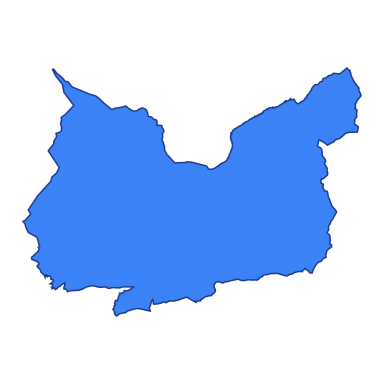 the district of Ponor, Alba, Romania
{"feature_id": "2599482B26420082553379", "entity_name": "Ponor", "entity_type": "district", "adm_level": 2, "iso_a3": "ROU", "parent_name": "Romania", "parent_adm1": "Alba", "projection": "natural_earth1", "projection_center": [23.399, 46.333], "detail": "fine", "context": "isolated", "style": "filled", "palette": "blue", "viewbox_px": 384, "rotation_deg": 0, "n_neighbors": 0, "source": "geoboundaries", "source_scale": "gbopen_adm2", "svg_char_len": 5963}
<svg xmlns="http://www.w3.org/2000/svg" viewBox="0 0 384 384"><path d="M310.8,272.7L311.9,273.2L314.5,267.1L317.8,262.5L321.2,261.3L323.6,258.2L325.7,257.6L326.1,257.2L325.8,253.9L326.3,253.4L326.7,251.1L328.5,249.0L330.8,247.5L331.6,246.7L331.5,244.7L329.9,244.0L329.7,243.0L330.3,240.9L330.0,236.3L329.3,234.6L327.2,233.0L327.3,232.1L328.8,229.5L328.3,227.9L329.2,224.6L330.3,223.9L330.5,222.1L332.5,219.4L336.6,212.0L335.7,210.3L332.2,206.3L331.4,204.9L329.0,198.2L328.2,196.9L327.6,192.5L327.0,191.2L324.4,190.8L324.0,189.4L322.9,187.8L322.7,187.1L323.3,186.1L323.3,184.2L321.0,183.3L321.3,182.1L320.5,179.7L323.2,178.8L327.4,175.1L327.8,173.1L326.9,170.1L327.2,168.3L324.7,163.9L324.5,162.6L325.5,161.9L325.5,159.9L322.3,155.5L322.0,151.2L321.6,149.2L320.7,148.0L318.2,146.5L317.3,145.4L318.3,143.6L318.2,142.6L318.6,141.6L318.4,140.6L319.5,139.7L320.5,140.7L323.4,142.0L326.0,143.9L327.2,145.2L334.0,141.7L335.1,139.9L340.1,138.2L345.5,133.4L348.8,132.4L357.4,132.0L358.3,126.8L354.5,124.0L354.8,119.4L356.7,117.0L356.7,116.5L356.5,113.8L356.9,112.0L356.9,109.9L355.8,108.9L355.0,108.6L355.4,107.7L355.4,103.4L356.4,102.8L356.5,101.8L357.0,100.8L361.0,95.7L360.5,93.9L358.7,90.0L358.6,89.5L359.1,88.2L354.4,82.2L352.4,78.3L350.9,75.1L350.9,73.3L349.6,71.6L350.1,70.6L348.7,70.0L346.9,68.0L340.1,73.7L338.9,73.9L333.6,73.3L333.1,73.5L331.6,74.9L328.7,75.6L326.5,77.4L322.9,78.9L322.6,79.2L322.7,80.5L322.2,81.4L320.2,81.7L318.2,84.5L314.9,84.8L312.3,87.6L310.7,91.0L309.7,92.2L309.0,93.9L307.4,94.8L306.2,97.7L304.4,99.1L303.9,100.5L301.0,101.8L298.4,103.9L295.7,102.4L295.0,101.4L294.5,99.6L293.8,99.1L292.7,99.8L290.6,99.6L290.5,98.6L290.1,98.8L290.1,100.1L289.0,100.1L287.4,101.2L285.4,100.7L285.0,101.3L285.2,102.2L283.9,102.5L282.7,103.7L281.7,104.0L279.2,105.6L278.5,106.4L276.4,106.9L275.7,106.8L274.5,107.9L272.8,107.1L272.6,107.3L272.6,107.9L271.9,107.6L269.1,107.8L268.2,109.2L267.5,109.3L267.1,108.9L266.3,109.4L265.8,110.1L264.2,110.6L263.1,111.5L263.1,112.8L261.5,113.2L261.4,114.0L260.2,113.9L260.2,114.4L258.9,114.5L258.5,114.8L258.4,115.4L258.1,115.6L257.5,115.3L256.7,116.1L255.8,116.5L254.7,116.3L254.6,116.9L254.0,117.4L252.1,118.0L252.1,118.4L251.5,119.1L250.6,118.9L247.1,121.6L245.9,121.6L244.4,123.1L243.6,123.2L243.4,123.8L242.7,123.9L241.7,125.3L239.8,126.1L239.0,126.2L237.0,127.7L234.5,129.0L233.5,130.3L232.6,130.8L231.8,132.6L230.9,132.9L230.8,133.2L231.8,133.8L231.7,134.4L230.8,135.0L230.9,135.7L230.4,136.5L230.9,137.2L230.6,138.0L230.8,139.7L231.4,140.2L231.4,140.8L232.2,141.8L231.8,142.5L232.5,144.0L232.2,148.3L231.8,148.6L229.8,154.0L229.3,154.6L228.7,157.0L228.0,157.7L228.1,158.4L227.1,159.1L227.1,159.9L226.2,160.9L223.9,162.4L220.8,163.7L218.6,165.6L214.8,168.1L212.4,169.1L210.2,169.3L208.5,169.0L206.6,166.0L191.6,162.2L187.0,161.8L184.3,162.6L177.4,162.7L174.8,163.0L168.7,156.2L167.0,155.1L166.5,153.4L164.6,150.2L164.5,146.7L163.5,143.7L163.4,142.4L162.0,140.3L162.7,136.5L162.4,133.7L163.6,132.1L163.8,130.9L163.3,129.4L162.2,127.6L161.8,125.6L159.7,125.3L157.1,125.4L157.0,121.7L156.4,120.0L154.2,119.6L151.5,117.0L148.3,116.4L147.5,112.6L146.4,110.0L145.5,109.3L142.8,108.0L141.7,108.0L138.4,109.5L137.8,110.2L136.3,110.8L134.2,111.3L131.2,110.0L127.7,107.8L126.4,106.3L125.5,106.0L122.2,107.1L115.1,108.3L111.7,109.5L104.1,103.3L99.2,98.5L96.0,96.1L89.5,94.1L73.1,87.4L71.5,86.3L68.5,82.2L64.7,81.0L63.6,79.2L60.5,76.1L56.9,73.5L54.4,70.0L53.4,69.1L52.5,69.5L55.9,76.2L62.3,84.2L64.0,92.4L73.8,105.5L65.8,114.1L61.1,117.5L61.6,120.1L61.1,121.1L61.4,121.8L60.7,123.1L60.7,124.8L61.5,126.2L61.5,130.4L60.3,132.0L56.0,133.4L56.7,136.6L53.7,141.5L53.9,143.7L48.2,150.8L59.2,167.4L56.7,172.9L51.8,177.2L50.9,181.2L37.7,195.8L28.3,209.9L30.7,214.1L25.0,220.5L23.0,221.4L25.0,223.9L26.1,228.0L28.3,232.5L36.7,237.1L37.6,239.1L39.0,244.8L39.7,245.9L39.8,246.2L38.3,247.2L39.1,249.7L38.9,250.1L36.3,253.2L31.6,257.3L31.5,258.6L32.0,259.5L35.6,260.8L38.6,262.6L38.8,264.6L38.4,265.1L37.2,265.4L37.3,266.7L40.3,269.8L41.0,272.2L44.3,275.2L45.2,277.5L45.7,275.9L46.5,274.6L46.8,275.0L46.2,275.8L46.3,276.4L47.1,275.9L47.5,276.5L47.8,275.9L49.2,276.3L49.8,276.0L50.7,277.2L50.9,279.2L51.3,279.6L52.6,279.3L53.3,280.3L53.5,280.8L53.3,281.2L51.3,283.2L50.2,283.8L51.9,284.3L52.4,284.8L52.8,286.8L52.7,287.1L51.5,287.2L52.0,288.8L54.3,287.9L55.4,289.6L56.0,289.4L58.5,286.9L59.9,286.3L61.5,284.8L64.7,282.9L64.9,282.9L64.6,285.7L63.9,287.7L63.9,288.9L64.7,289.2L65.5,288.8L66.3,289.5L67.5,291.7L70.6,290.7L78.9,290.3L82.5,289.1L86.8,286.8L91.4,285.8L94.4,285.9L97.5,286.9L101.0,287.4L103.3,287.0L105.8,287.0L106.9,287.8L109.1,288.4L112.1,287.6L119.0,287.9L123.7,286.8L134.0,286.9L132.7,287.4L130.2,289.4L128.1,290.4L126.2,290.9L124.5,290.4L124.0,291.5L122.1,293.3L119.5,293.2L119.6,295.0L118.6,296.1L118.4,297.6L117.2,300.9L115.9,300.3L115.4,300.6L115.3,301.5L114.7,302.6L114.6,303.5L115.0,305.0L114.0,306.1L114.0,308.1L112.9,309.2L115.0,312.2L114.4,313.0L114.9,314.3L116.0,315.6L116.7,316.0L118.0,315.1L119.2,313.8L125.4,312.6L128.1,310.7L129.8,310.5L131.5,309.8L136.4,308.6L139.2,308.6L150.3,311.1L150.1,310.0L149.2,308.6L149.4,307.8L150.5,305.1L151.6,301.0L152.6,299.5L153.5,300.6L153.1,302.0L153.5,304.1L156.0,304.1L160.2,303.4L163.8,301.9L165.8,302.6L166.6,302.6L167.4,301.8L169.2,301.2L169.6,300.8L173.5,301.1L177.9,300.1L186.6,297.1L196.1,302.5L196.3,302.3L195.7,301.4L195.8,301.1L200.5,300.9L200.6,299.8L201.8,299.4L204.8,296.9L208.9,295.8L211.0,295.8L213.9,293.0L214.8,292.1L215.5,290.8L215.2,289.5L214.2,287.5L214.0,285.8L214.5,284.1L215.8,282.4L217.7,281.7L218.7,281.7L222.7,283.0L225.3,281.8L227.3,281.8L229.6,280.9L238.0,279.2L240.6,280.2L243.2,280.7L248.6,279.7L252.3,280.1L254.6,279.9L257.3,280.1L259.0,278.9L259.2,278.1L262.7,276.4L263.3,275.3L265.0,274.7L268.2,274.5L270.0,273.6L277.5,273.4L286.7,276.1L290.2,274.3L291.8,274.2L294.6,272.4L298.7,271.5L302.1,271.6L301.8,271.1L302.8,270.7L305.4,268.5L306.4,269.6L308.3,270.9L309.5,272.7L310.8,272.7Z" fill="#3b82f6" stroke="#1e3a8a" stroke-width="1.5"/></svg>